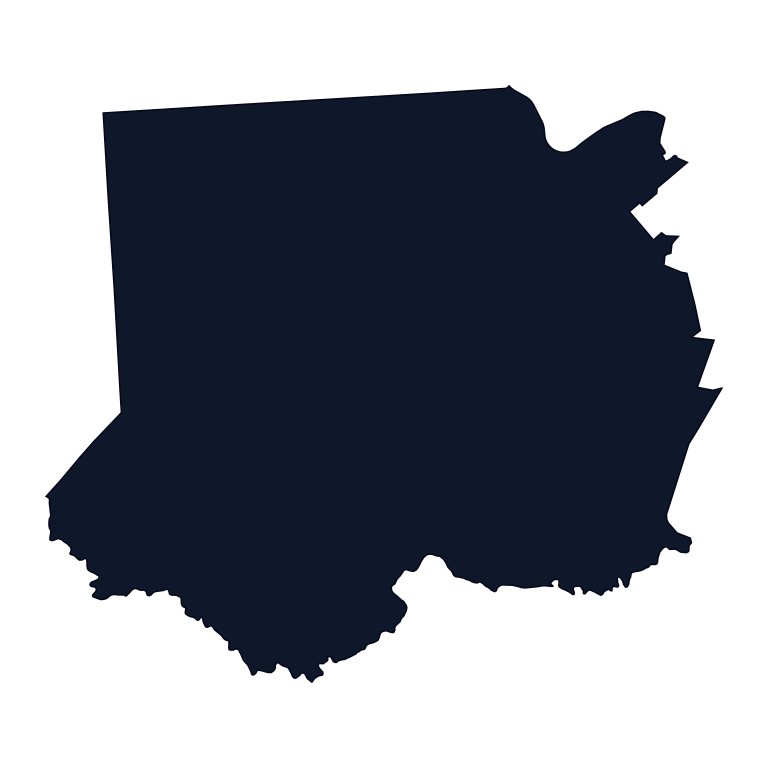 Mitcham, South Australia, Australia (Robinson projection)
{"feature_id": "25037944B96315201731576", "entity_name": "Mitcham", "entity_type": "district", "adm_level": 2, "iso_a3": "AUS", "parent_name": "Australia", "parent_adm1": "South Australia", "projection": "robinson", "projection_center": [138.632, -35.007], "detail": "fine", "context": "isolated", "style": "filled", "palette": "ink", "viewbox_px": 768, "rotation_deg": 0, "n_neighbors": 0, "source": "geoboundaries", "source_scale": "gbopen_adm2", "svg_char_len": 6063}
<svg xmlns="http://www.w3.org/2000/svg" viewBox="0 0 768 768"><path d="M687.4,162.4L677.0,157.9L676.6,156.3L674.8,155.5L673.1,156.5L671.6,158.1L669.6,159.6L665.5,161.5L661.9,154.5L663.7,154.2L664.9,153.3L665.1,152.3L664.8,151.4L659.7,143.3L660.0,138.1L664.8,118.9L664.7,117.5L663.4,116.4L655.7,112.5L648.4,111.4L641.7,111.5L635.0,113.0L630.4,115.1L622.0,119.9L606.8,126.2L603.4,127.9L595.3,133.2L582.8,142.2L575.0,148.6L570.4,151.1L566.9,152.1L564.0,152.3L560.3,152.1L556.7,151.1L553.5,149.5L551.1,147.7L548.6,145.1L547.0,142.6L545.5,139.4L545.0,137.1L543.9,126.9L542.6,122.6L533.5,104.7L531.5,101.6L529.4,99.4L527.1,97.5L514.1,90.2L511.2,88.0L509.0,85.9L507.7,87.4L505.7,88.4L419.5,93.9L240.8,104.5L103.2,113.0L108.2,197.6L114.2,288.0L120.0,390.0L121.4,412.6L93.7,441.6L79.6,457.6L60.9,480.0L46.1,496.4L48.8,497.9L49.3,498.8L49.5,500.1L49.4,503.4L50.8,515.9L49.2,519.3L49.0,522.3L49.0,525.8L49.5,528.4L50.8,530.4L50.9,531.5L50.0,537.2L49.9,539.8L51.3,540.5L52.8,540.5L58.2,538.5L61.5,539.6L64.5,542.1L66.7,543.3L69.5,546.0L70.5,547.2L71.0,548.3L71.1,550.3L71.0,551.2L70.0,553.3L70.2,554.2L74.7,555.8L77.6,558.8L79.4,560.1L82.0,559.9L84.9,558.5L85.7,558.5L86.6,559.2L87.0,561.7L87.0,565.5L87.4,568.5L87.8,569.5L89.4,570.9L91.6,572.1L94.3,573.2L98.5,575.8L99.1,576.6L99.2,577.6L98.4,578.9L96.8,580.0L91.3,582.3L90.3,583.7L90.0,585.0L90.5,585.7L91.7,586.5L95.5,587.2L96.3,589.0L96.4,590.0L95.7,591.5L92.6,595.0L92.6,596.3L93.4,596.9L100.2,599.4L101.9,599.5L105.2,599.0L107.7,597.7L109.1,596.3L110.9,595.2L113.7,594.4L118.2,594.9L123.8,594.9L125.2,595.8L126.2,595.9L128.7,593.6L132.2,589.6L133.8,588.8L135.9,588.4L140.4,590.2L143.3,590.1L144.5,590.4L145.9,591.2L146.2,591.6L146.8,594.1L147.3,594.9L147.8,595.4L149.5,595.7L151.0,594.9L153.8,592.1L156.9,591.3L163.1,590.5L166.4,589.3L168.0,589.5L168.5,590.1L169.0,591.5L169.4,593.6L170.2,594.6L171.9,595.1L176.2,595.2L180.7,597.3L181.0,597.8L181.3,600.0L181.3,602.8L182.0,605.5L183.5,606.9L185.2,607.6L185.7,608.2L185.7,609.8L185.2,612.8L185.9,614.2L189.6,616.4L193.2,617.2L194.7,617.8L196.8,619.9L197.6,620.2L198.4,620.1L199.2,619.5L200.6,617.5L201.4,617.1L201.9,617.3L202.7,618.6L203.3,622.1L205.7,626.9L207.6,627.2L210.6,625.8L211.6,625.9L212.7,626.9L214.8,630.0L221.0,635.0L224.2,639.0L226.1,640.2L228.0,640.5L228.6,640.9L229.0,642.7L228.8,648.1L229.2,649.7L230.3,650.0L232.9,650.1L235.5,649.0L237.9,649.1L238.3,649.4L241.2,654.9L243.5,660.4L247.1,664.3L248.4,666.2L250.9,671.4L251.7,674.3L252.0,674.8L253.5,674.9L254.5,674.4L256.0,672.9L257.1,670.5L257.5,670.3L259.4,670.3L262.4,670.9L267.7,672.4L271.1,672.6L273.9,670.6L274.5,669.8L275.4,667.5L275.1,666.4L275.4,665.0L276.9,663.0L278.3,662.7L282.3,665.6L288.2,667.7L290.6,671.9L292.6,676.5L293.6,677.7L295.0,678.3L296.4,677.8L299.7,675.3L301.5,673.1L303.3,672.9L305.0,674.0L306.7,677.4L308.0,679.2L309.7,680.3L311.1,681.7L311.8,682.1L312.8,681.2L314.1,678.9L315.9,677.5L318.8,675.8L322.1,675.2L322.6,674.7L323.0,673.5L322.8,672.1L319.9,668.9L318.5,666.9L318.3,664.9L318.8,663.9L319.5,663.5L323.3,663.7L325.3,662.1L326.4,661.5L327.2,660.8L327.8,659.5L327.5,657.7L328.2,656.7L330.1,656.6L330.7,656.9L331.5,657.9L333.2,661.4L335.0,662.4L336.3,662.4L337.1,662.0L338.3,660.7L341.7,659.9L342.1,659.6L344.5,659.4L350.1,656.9L354.8,654.4L355.7,654.2L356.9,652.5L358.9,651.7L360.5,650.4L362.0,649.7L364.0,649.5L365.3,648.2L365.5,646.5L366.5,645.7L367.2,644.6L369.8,643.5L373.7,642.5L377.8,640.4L379.0,638.0L380.2,633.7L381.0,632.6L382.2,631.7L385.1,630.8L387.4,631.0L390.3,632.2L391.7,632.4L392.9,632.6L394.1,632.0L394.8,630.1L394.7,628.2L395.1,626.5L396.8,624.6L400.0,621.7L401.4,618.2L403.7,616.1L406.2,610.8L406.8,608.0L406.6,606.5L405.8,604.7L403.4,601.2L401.2,599.9L397.0,596.0L394.7,594.3L392.6,592.3L391.6,590.3L391.3,587.9L392.0,585.7L394.8,583.9L397.3,578.8L400.3,575.7L403.9,570.3L405.3,569.7L406.1,569.6L411.0,571.0L413.2,571.3L413.9,571.2L415.5,570.2L415.9,570.2L417.7,568.1L421.5,560.9L423.2,558.1L424.6,556.5L427.4,554.5L429.7,554.2L432.1,554.2L436.7,555.9L440.1,556.3L440.8,556.7L441.1,557.4L443.3,559.0L445.0,561.4L446.0,562.9L448.1,567.4L451.7,571.2L453.6,575.0L454.5,576.0L456.1,576.8L457.4,576.8L464.2,578.2L465.0,578.5L465.4,579.2L469.7,580.3L471.6,581.6L475.0,582.7L477.3,582.9L479.5,581.9L480.4,582.0L482.9,583.6L485.8,586.3L488.3,587.4L491.4,590.1L494.5,591.6L496.2,590.9L497.1,588.2L498.7,586.6L501.1,585.1L502.6,584.9L512.3,585.2L517.7,586.4L521.6,587.6L525.4,587.9L537.9,586.6L542.2,585.8L544.6,585.7L551.8,586.4L552.9,586.1L550.8,583.8L550.9,582.9L551.3,582.1L553.5,580.1L555.0,579.5L557.0,579.4L558.7,579.8L558.9,580.4L559.1,583.7L558.6,585.4L559.6,587.1L562.4,588.8L565.3,590.0L569.3,592.0L572.6,594.4L573.9,594.5L574.3,593.6L574.1,592.2L573.1,589.1L573.8,587.1L574.9,586.3L577.1,586.3L578.6,585.9L580.7,586.8L581.6,587.8L582.3,589.4L583.4,590.5L583.3,592.9L583.8,593.7L585.0,593.8L587.8,590.7L589.2,589.9L591.7,590.6L594.9,592.1L600.5,595.1L601.5,595.0L602.6,594.2L604.5,591.2L605.9,590.7L608.0,589.3L608.7,589.4L610.9,590.8L611.8,590.8L612.0,590.2L612.0,587.9L613.0,586.7L614.4,586.3L616.8,587.0L618.2,586.7L618.6,585.4L617.6,582.4L617.3,578.3L617.5,577.3L618.0,576.9L619.9,577.4L621.5,579.1L622.8,581.5L623.6,584.3L624.9,586.6L626.0,587.2L627.2,586.9L628.8,583.9L628.7,583.3L629.4,579.6L630.7,576.6L630.9,574.8L631.3,573.2L632.3,572.5L634.1,571.8L640.0,570.8L643.1,569.6L646.1,567.9L648.2,567.2L649.2,566.3L650.3,564.6L653.0,564.4L655.2,564.5L656.9,563.8L657.5,562.0L658.0,557.7L659.7,552.3L662.4,548.7L664.8,547.0L666.5,546.7L668.2,548.0L669.4,549.3L675.7,549.1L680.7,552.1L686.2,552.7L688.0,551.9L688.6,551.4L688.9,549.9L689.0,545.7L691.4,542.8L690.4,538.2L677.2,533.0L676.3,532.1L668.2,522.8L666.8,519.4L666.5,515.1L666.3,515.0L688.8,443.9L698.3,428.5L721.9,388.2L721.2,388.2L713.0,390.3L697.3,387.3L714.1,340.2L692.5,337.6L691.6,337.2L700.3,330.5L694.7,304.0L686.9,273.3L681.1,272.2L663.9,265.2L664.9,255.9L666.7,254.4L670.9,253.2L671.9,244.4L673.5,241.8L678.4,236.4L665.9,235.9L661.5,232.8L653.5,240.0L629.4,211.6L639.8,202.7L642.2,205.6L656.7,193.3L657.2,188.0L687.4,162.4Z" fill="#0f172a" stroke="#020617" stroke-width="1.5"/></svg>